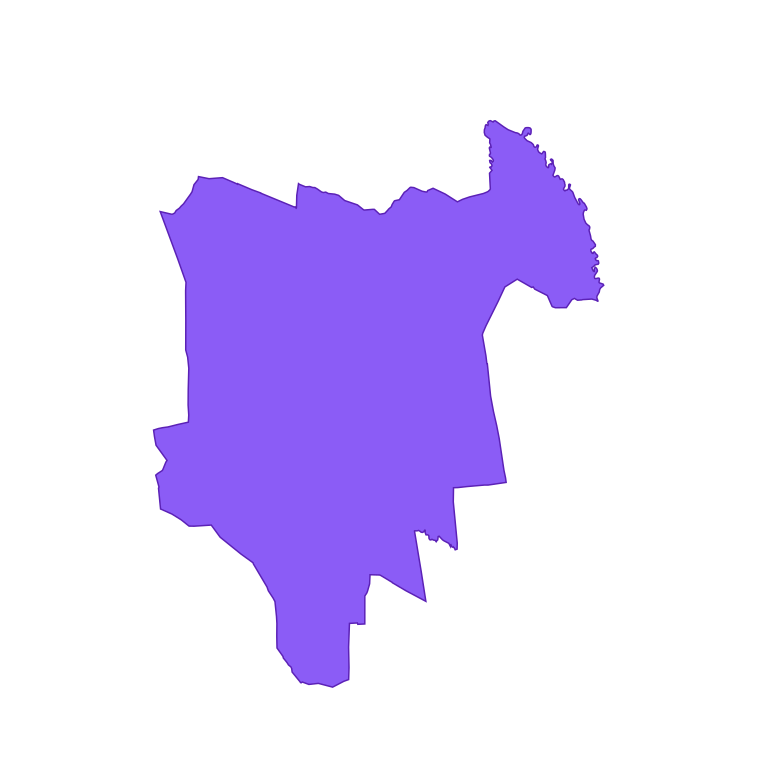 the district of Malienas pag., Aluksne, Latvia, rotated 248°
{"feature_id": "27541924B29031976448606", "entity_name": "Malienas pag.", "entity_type": "district", "adm_level": 2, "iso_a3": "LVA", "parent_name": "Latvia", "parent_adm1": "Aluksne", "projection": "robinson", "projection_center": [27.166, 57.339], "detail": "fine", "context": "isolated", "style": "filled", "palette": "violet", "viewbox_px": 768, "rotation_deg": 248, "n_neighbors": 0, "source": "geoboundaries", "source_scale": "gbopen_adm2", "svg_char_len": 6171}
<svg xmlns="http://www.w3.org/2000/svg" viewBox="0 0 768 768"><g transform="rotate(248 384 384)"><path d="M476.6,637.4L477.3,636.7L481.2,635.7L482.3,635.2L482.6,634.8L482.5,633.9L481.9,633.4L478.3,633.3L477.4,632.9L477.1,632.4L477.2,632.0L478.3,631.5L485.5,630.7L490.9,630.9L491.9,630.7L494.7,629.3L495.4,629.2L496.3,629.4L498.5,631.3L499.0,631.5L499.6,631.1L499.9,630.6L499.5,629.9L496.2,628.5L495.9,628.2L495.2,626.1L495.6,625.2L495.3,624.5L495.4,624.0L496.1,623.6L497.4,623.4L498.3,624.3L499.6,625.9L501.0,626.5L502.5,626.6L503.4,627.0L506.4,626.7L507.4,626.1L507.7,625.2L507.7,624.1L509.6,624.0L511.3,623.8L512.0,623.4L512.4,622.6L512.0,620.2L512.2,619.5L513.9,618.8L514.4,619.0L518.2,622.4L520.2,623.6L522.9,623.2L524.9,623.4L528.0,624.5L529.3,624.0L529.9,623.4L529.8,622.5L529.4,622.4L528.7,622.5L527.4,623.2L526.9,623.2L526.1,622.7L525.0,621.6L525.6,621.3L525.8,620.6L525.5,619.0L525.0,618.5L523.4,617.9L523.1,617.6L523.1,617.2L523.5,616.7L525.5,616.0L526.5,616.1L527.6,616.6L528.2,617.2L530.1,617.6L532.2,617.6L532.7,617.8L533.5,618.6L536.7,619.8L538.3,620.3L539.0,620.2L539.8,619.3L539.7,618.8L538.4,616.9L538.4,616.3L539.3,615.5L541.0,614.4L542.8,614.2L544.0,614.3L545.8,615.5L546.2,616.0L547.4,616.5L547.8,616.3L548.2,615.8L548.1,615.3L547.0,614.4L546.8,613.6L546.9,612.7L547.7,612.1L548.2,612.0L549.8,612.1L551.1,611.7L552.8,610.8L556.0,607.8L559.1,606.5L560.0,606.4L561.0,607.1L560.9,609.6L561.4,610.4L562.5,611.4L562.5,611.8L560.6,612.8L560.6,613.3L561.3,614.1L562.6,614.8L564.5,615.6L565.2,615.8L566.7,615.3L567.6,614.0L568.4,611.9L568.5,610.8L566.3,607.5L564.4,606.1L563.6,605.0L563.6,603.9L563.9,603.4L564.7,603.2L565.9,602.5L566.9,601.5L567.8,600.0L573.2,594.4L577.3,591.5L586.3,585.8L586.7,584.7L586.1,583.3L587.9,581.7L588.4,581.1L588.5,580.0L588.3,579.2L587.5,578.1L585.9,578.0L584.8,577.2L586.2,575.9L586.0,575.3L585.3,574.6L583.8,573.8L582.1,572.3L579.6,571.2L576.8,570.9L574.1,572.3L571.8,573.9L571.2,573.8L568.0,572.3L566.5,572.5L563.4,572.1L563.2,571.7L563.4,571.2L564.0,570.9L563.7,570.3L563.2,570.0L558.5,569.3L557.7,568.9L557.3,568.3L557.4,567.9L556.4,567.3L555.7,567.2L554.3,568.2L552.9,568.8L551.3,569.2L550.4,569.2L549.5,568.6L549.2,567.7L551.1,567.1L551.7,566.1L551.7,565.7L550.0,565.3L549.0,565.4L548.2,566.0L546.3,566.0L545.8,565.8L544.9,564.3L545.0,563.9L545.5,563.7L545.2,563.2L541.7,564.2L539.9,560.8L525.1,555.7L524.7,555.3L524.4,554.9L523.5,552.6L523.4,551.1L523.4,547.5L525.4,533.4L525.8,525.9L525.4,520.3L537.2,511.9L547.1,502.8L547.0,497.0L546.1,496.1L546.2,495.0L548.5,491.5L554.9,485.3L556.4,482.5L556.4,481.7L554.8,477.8L554.1,474.6L549.1,467.3L549.9,462.7L549.7,461.9L547.3,458.7L545.6,457.2L544.4,453.7L543.7,452.5L542.0,448.8L542.0,448.3L543.0,443.5L549.5,440.5L550.1,439.2L552.6,431.1L553.2,430.3L560.0,426.5L568.8,416.3L575.9,412.6L578.5,409.4L581.5,403.7L583.7,401.9L584.3,399.4L585.5,398.0L589.7,395.3L592.0,393.5L592.9,391.5L594.9,389.1L596.2,385.1L600.8,380.4L601.8,379.8L591.6,373.8L580.1,368.8L579.9,368.4L581.6,367.9L581.7,367.1L607.1,341.2L607.3,341.3L613.6,334.3L624.6,323.3L624.1,323.0L626.0,321.3L635.8,311.6L639.9,298.7L645.8,289.7L643.3,288.3L640.0,282.5L634.2,278.1L632.6,275.9L626.1,265.6L624.9,262.5L623.7,260.2L622.7,256.3L620.9,253.9L620.7,251.4L621.1,250.5L627.7,241.1L577.3,239.6L552.4,238.5L544.8,235.0L516.8,223.9L489.8,212.9L482.4,212.0L471.7,208.9L452.2,200.4L437.9,194.5L428.3,191.3L421.9,188.3L423.7,177.7L425.1,167.6L426.4,162.5L427.2,158.2L427.6,153.1L421.3,151.5L412.6,149.7L394.4,154.2L393.3,152.5L387.4,146.8L386.8,145.9L385.8,140.6L385.0,138.2L373.0,136.8L372.1,136.3L371.9,135.9L351.8,130.0L342.8,138.7L334.0,145.1L325.3,150.0L323.3,154.7L317.9,171.0L303.3,174.7L279.9,187.7L267.3,195.6L266.1,195.5L239.6,199.5L235.6,199.3L227.0,201.0L223.1,201.4L208.6,197.2L202.1,195.0L190.3,190.1L179.3,185.9L169.2,188.3L167.7,188.0L162.1,189.7L159.3,190.2L156.6,191.7L154.7,191.8L151.3,190.9L139.4,194.6L138.0,194.8L137.9,194.6L138.3,196.6L133.6,201.8L131.0,211.0L122.2,222.8L123.4,235.4L123.2,240.5L134.1,245.3L153.3,252.6L175.0,262.3L172.4,269.8L171.0,269.7L168.7,276.3L194.6,286.8L196.7,289.8L198.2,291.2L204.1,295.8L212.4,299.6L208.6,308.3L208.0,309.0L197.0,317.3L196.6,317.3L184.2,326.8L166.8,341.4L196.4,348.3L236.3,357.2L236.4,357.3L235.4,359.9L235.3,361.2L234.2,362.1L232.7,362.9L232.0,364.0L232.0,364.8L232.2,365.6L233.2,366.9L233.2,367.2L232.5,367.3L231.3,366.6L228.5,366.4L228.3,366.5L228.0,367.7L227.0,368.6L226.1,368.6L224.1,367.9L222.7,368.0L222.1,368.5L221.8,370.0L222.0,370.3L220.5,371.7L220.0,372.8L218.2,373.3L218.5,373.8L219.1,374.0L219.0,374.5L219.3,375.4L222.3,377.1L222.2,378.1L217.6,379.9L216.2,380.8L212.0,384.4L208.9,384.7L210.2,385.3L210.1,385.8L207.6,385.9L206.7,386.9L207.0,387.2L205.7,387.8L203.6,387.9L203.5,389.9L209.0,392.3L248.8,404.1L261.8,409.6L260.3,413.7L257.8,422.6L252.7,439.2L251.3,442.7L247.0,460.4L251.3,461.5L259.1,462.9L290.3,470.4L303.2,472.9L317.5,475.2L332.8,478.3L364.1,487.4L364.3,487.0L372.1,489.1L392.5,493.5L394.1,494.6L399.8,500.4L417.8,520.7L428.7,532.4L431.3,546.8L418.2,557.1L418.1,558.7L415.5,559.3L404.8,568.6L393.1,568.9L392.4,569.3L390.5,571.5L386.5,581.7L391.8,589.7L392.0,592.6L389.2,594.8L387.9,598.8L387.8,599.9L384.9,608.5L382.1,612.1L380.8,613.0L380.8,613.5L384.1,613.6L385.7,614.4L388.6,618.0L390.8,619.4L391.9,620.8L393.2,624.7L394.5,624.6L397.1,621.6L397.9,621.5L400.5,623.1L401.4,623.1L402.0,622.3L402.4,619.7L402.9,619.0L403.9,619.0L405.2,619.5L405.9,620.2L408.4,623.8L409.0,624.3L410.5,624.5L411.9,624.3L413.1,623.6L412.2,622.3L411.0,621.7L409.5,621.2L409.6,620.9L410.6,620.3L414.0,620.2L414.5,622.6L415.2,623.8L415.3,625.2L414.8,627.4L415.6,628.4L417.8,628.9L418.3,628.6L418.6,627.5L419.9,626.8L421.2,626.9L421.5,627.3L421.5,628.8L422.4,630.0L423.5,630.1L424.8,629.4L427.7,628.5L427.7,627.5L426.8,626.8L427.1,626.1L427.9,625.8L429.8,625.6L431.2,626.2L431.5,626.8L431.3,627.7L431.7,629.2L432.1,629.8L432.5,631.5L434.0,632.2L438.2,631.3L439.3,630.5L441.0,630.3L444.0,631.0L449.2,631.6L450.3,632.0L450.6,632.6L452.4,633.6L453.8,633.4L455.5,632.3L457.6,631.4L461.8,631.2L466.8,632.3L468.4,633.2L470.0,634.9L470.1,635.5L469.3,636.7L470.3,637.8L472.1,638.0L476.6,637.4Z" fill="#8b5cf6" stroke="#5b21b6" stroke-width="1.5"/></g></svg>